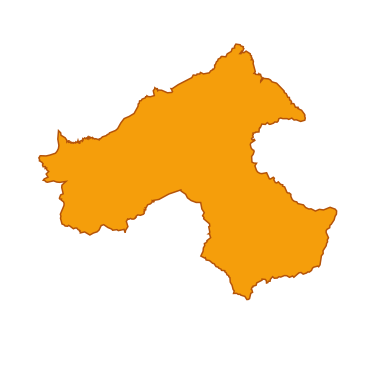 Belu, Nusa Tenggara Timur, Indonesia (Mercator projection), rotated 68°
{"feature_id": "22746128B36840991830224", "entity_name": "Belu", "entity_type": "district", "adm_level": 2, "iso_a3": "IDN", "parent_name": "Indonesia", "parent_adm1": "Nusa Tenggara Timur", "projection": "mercator", "projection_center": [124.962, -9.176], "detail": "fine", "context": "isolated", "style": "filled", "palette": "amber", "viewbox_px": 384, "rotation_deg": 68, "n_neighbors": 0, "source": "geoboundaries", "source_scale": "gbopen_adm2", "svg_char_len": 5956}
<svg xmlns="http://www.w3.org/2000/svg" viewBox="0 0 384 384"><g transform="rotate(68 192 192)"><path d="M204.8,269.3L202.6,267.9L200.1,264.4L194.6,263.9L192.9,261.6L193.6,261.0L193.5,258.9L194.6,257.9L195.3,256.0L195.0,254.3L194.5,254.2L194.4,253.2L193.6,253.0L192.9,250.9L194.3,248.5L194.4,245.4L193.8,244.3L192.0,243.7L192.2,243.3L191.4,243.0L191.2,241.8L190.6,242.2L190.8,241.6L189.5,240.7L189.1,241.0L189.1,240.1L187.2,237.9L187.4,235.0L186.6,232.9L185.2,232.2L186.3,231.5L185.7,231.4L186.1,230.7L185.4,230.7L186.5,225.5L185.2,214.1L185.9,201.5L187.0,201.8L191.7,198.7L195.7,198.4L199.6,196.0L203.2,192.1L205.0,187.9L211.4,189.2L215.8,188.4L218.0,191.1L220.1,190.4L221.2,191.2L228.0,187.7L230.3,188.3L230.5,189.5L235.7,190.5L236.7,191.1L237.0,192.4L237.5,191.5L241.3,191.8L242.7,196.4L243.6,196.6L244.4,198.4L244.4,199.8L246.5,200.3L248.1,202.4L251.1,203.9L254.7,207.8L258.0,205.0L257.9,204.2L260.3,204.4L262.1,201.5L265.8,199.6L266.8,198.3L270.1,197.7L271.5,195.9L272.7,195.7L274.4,194.0L275.7,194.0L277.2,191.1L278.3,191.4L279.8,190.5L281.8,190.6L283.2,189.4L284.4,189.6L285.5,188.9L289.9,190.3L293.5,189.8L297.8,190.4L299.5,189.9L301.6,191.5L302.7,188.5L304.2,187.5L305.0,185.6L305.9,185.4L308.6,182.1L312.3,181.4L312.7,180.0L312.4,178.6L308.0,175.5L307.7,173.4L305.1,173.1L304.5,173.5L302.9,172.1L302.9,171.1L302.2,170.8L302.5,167.5L300.5,166.0L300.0,160.1L299.0,159.7L300.5,156.8L301.9,156.3L304.3,157.0L304.4,155.7L303.4,154.6L304.0,153.1L302.3,152.0L300.7,149.0L302.8,148.0L303.7,145.2L303.1,143.1L304.1,141.6L304.1,137.7L305.1,135.5L307.6,133.6L307.6,130.2L309.2,129.5L307.0,123.1L307.5,121.0L309.8,119.7L310.0,116.3L309.5,114.6L310.2,113.2L309.5,110.6L307.8,108.9L307.3,107.3L307.8,103.2L308.8,102.6L307.5,100.6L299.6,95.9L298.3,93.5L295.5,92.5L292.1,87.7L290.1,86.5L289.0,85.0L287.1,84.5L285.6,82.6L279.8,82.8L278.1,82.1L277.2,80.8L276.7,77.7L274.5,76.6L274.1,75.0L271.1,70.7L268.2,68.5L266.7,66.4L263.7,65.0L261.5,65.7L257.9,69.7L257.9,76.8L255.8,80.4L255.9,84.7L252.2,87.9L251.5,90.1L248.9,92.5L245.7,93.5L242.4,98.2L240.4,98.6L238.9,100.7L236.7,101.9L233.1,102.0L231.2,101.2L229.3,102.2L228.9,103.4L227.8,104.1L222.0,104.2L220.5,105.8L219.3,105.2L218.1,107.0L214.9,108.2L215.4,110.0L214.5,111.2L211.4,111.6L210.1,110.5L208.8,111.1L209.3,114.3L208.8,115.3L202.1,115.6L201.1,120.4L200.2,122.0L198.2,123.6L196.3,124.1L191.3,123.9L189.5,121.4L188.3,123.9L186.6,125.2L181.4,123.4L179.9,121.1L177.8,119.3L176.5,119.1L175.3,120.2L173.0,120.7L169.8,120.2L168.7,119.2L167.7,114.4L166.4,114.6L166.5,116.3L165.6,116.9L164.7,116.7L164.1,114.7L162.1,114.6L161.7,113.7L160.3,113.5L160.7,111.3L160.3,110.8L161.4,107.4L158.6,106.0L157.7,105.1L158.0,104.6L155.2,101.8L156.8,98.7L155.9,96.1L158.2,95.0L158.6,93.7L158.7,90.7L158.1,89.0L159.1,87.0L158.5,85.5L156.6,84.1L156.6,82.0L158.0,80.4L159.6,76.3L160.9,75.1L160.9,71.8L163.5,70.4L164.1,68.3L167.3,64.8L167.7,60.5L165.9,59.3L163.1,59.1L164.0,58.9L162.4,58.5L157.2,59.8L155.4,61.7L153.4,62.0L153.9,62.6L152.7,63.0L152.2,64.4L148.6,64.4L147.6,65.4L147.3,67.0L145.5,65.9L143.8,66.2L143.3,67.0L140.8,66.3L140.0,67.7L136.1,67.8L134.9,68.8L133.5,69.2L133.1,69.0L133.7,68.8L132.7,68.8L122.8,72.8L119.8,76.6L117.5,77.3L115.8,78.7L113.2,83.5L112.9,82.5L113.2,84.3L114.0,84.2L115.5,87.0L114.5,86.6L112.4,84.0L111.0,84.6L108.6,84.4L108.0,85.2L108.3,85.7L107.4,85.8L108.0,86.5L106.7,89.0L105.6,89.0L105.2,90.0L104.0,88.2L95.8,87.2L94.0,86.2L92.2,86.1L91.6,87.4L90.5,86.1L89.3,86.6L88.1,85.9L87.1,86.6L85.7,86.2L81.6,89.1L82.3,91.6L81.2,93.7L82.1,94.8L81.6,95.8L80.0,92.9L80.5,92.7L80.9,93.6L81.1,93.0L78.4,90.2L77.4,90.6L76.5,90.0L74.8,92.0L73.5,92.2L71.3,95.9L72.9,98.1L74.4,98.5L74.0,100.9L76.4,103.0L77.1,107.6L79.3,110.0L77.4,113.6L77.4,114.4L78.3,115.2L78.6,118.0L80.1,119.2L80.3,120.4L82.6,122.6L82.8,123.5L85.1,124.3L86.4,126.1L85.9,126.9L86.5,127.6L86.7,129.4L88.0,131.3L86.8,137.1L84.3,139.4L85.5,140.5L84.5,143.1L85.1,143.5L85.2,144.7L84.0,147.0L85.9,149.3L87.3,164.5L88.8,171.7L88.3,172.7L91.5,172.4L92.1,173.5L90.8,177.6L86.3,182.0L85.0,184.7L85.3,185.8L83.2,185.4L82.9,186.0L83.4,186.3L81.4,187.4L82.5,188.1L83.6,190.0L88.5,190.8L88.1,194.9L87.1,196.9L85.9,197.8L86.7,198.3L86.3,199.3L87.2,200.1L87.2,203.5L88.2,204.8L87.9,206.5L90.0,207.8L90.2,208.9L92.3,209.9L97.5,216.3L98.4,222.0L98.5,227.4L101.3,232.1L105.4,237.2L106.3,239.9L106.3,246.4L107.0,247.2L107.0,249.2L107.6,250.1L107.3,254.4L108.4,257.2L108.0,258.0L108.9,258.5L106.5,261.3L106.4,262.4L105.2,263.2L105.3,263.9L104.1,263.9L104.0,265.3L103.4,265.6L104.0,266.6L102.7,266.5L103.0,267.2L102.2,267.4L103.5,268.2L102.5,268.4L103.4,269.1L102.3,269.7L102.8,270.5L101.6,271.3L102.3,273.0L101.8,273.3L103.4,273.8L103.8,274.6L102.8,274.4L103.1,277.7L104.5,277.4L104.7,278.0L103.2,279.4L102.4,278.5L101.5,278.4L102.5,279.2L102.7,280.6L102.1,280.9L102.8,281.5L102.3,281.8L102.3,283.8L101.5,283.8L101.5,285.2L100.2,285.6L100.7,286.3L100.1,286.5L99.8,287.6L98.6,286.8L98.3,287.3L99.0,288.1L98.1,288.5L98.5,289.2L97.1,288.7L94.2,289.3L90.3,292.2L87.9,291.6L85.1,292.8L92.7,296.6L99.0,298.0L101.7,299.6L103.7,301.9L104.9,304.1L104.5,310.1L103.9,313.8L101.6,318.9L101.8,319.9L103.0,320.6L103.0,321.2L105.5,321.3L105.9,321.8L108.1,320.1L110.1,319.5L110.9,320.5L112.8,320.6L113.7,317.9L113.7,319.1L114.5,318.6L115.1,319.2L115.3,317.8L116.7,318.5L119.3,317.2L120.7,320.5L124.3,319.9L124.5,324.1L125.4,325.5L126.1,324.3L128.0,323.5L128.8,322.4L129.8,316.2L132.1,313.7L133.5,311.0L135.0,304.9L136.9,310.0L139.0,311.1L145.4,312.1L145.5,314.9L148.1,317.3L149.0,317.2L149.7,315.7L150.4,316.3L153.0,314.8L154.8,314.9L156.6,315.8L163.3,322.4L165.3,322.6L167.1,323.8L173.0,324.5L174.3,323.1L176.0,322.4L177.2,320.1L176.7,319.0L177.2,318.4L181.7,315.7L181.6,314.0L182.3,312.3L184.2,311.7L185.7,310.4L186.1,310.9L187.1,310.5L188.1,310.9L188.8,306.5L193.6,302.8L193.1,298.7L193.4,294.9L192.5,292.5L189.1,288.8L189.2,286.1L193.5,283.2L196.3,280.4L197.7,279.9L198.8,275.7L200.2,274.8L201.2,269.0L204.8,269.3Z" fill="#f59e0b" stroke="#b45309" stroke-width="1.5"/></g></svg>